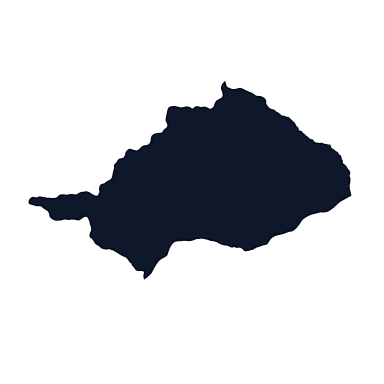 the district of Iturama, Minas Gerais, Brazil, rotated 330°
{"feature_id": "56859067B65690084199243", "entity_name": "Iturama", "entity_type": "district", "adm_level": 2, "iso_a3": "BRA", "parent_name": "Brazil", "parent_adm1": "Minas Gerais", "projection": "mercator", "projection_center": [-50.386, -19.714], "detail": "fine", "context": "isolated", "style": "filled", "palette": "ink", "viewbox_px": 384, "rotation_deg": 330, "n_neighbors": 0, "source": "geoboundaries", "source_scale": "gbopen_adm2", "svg_char_len": 4993}
<svg xmlns="http://www.w3.org/2000/svg" viewBox="0 0 384 384"><g transform="rotate(330 192 192)"><path d="M275.3,113.3L273.6,113.8L272.3,114.4L270.7,115.4L269.5,117.1L269.1,118.6L268.9,120.5L268.4,122.1L267.9,123.4L267.1,124.7L265.9,125.5L264.0,125.8L261.8,125.8L260.3,125.7L258.7,125.8L257.2,126.6L255.9,127.7L254.2,129.2L252.5,129.9L250.0,130.1L248.1,129.0L247.1,127.1L245.7,125.3L243.9,124.3L242.2,123.8L241.0,123.0L240.1,121.7L238.9,120.8L237.1,120.3L234.6,121.0L233.1,120.2L232.6,118.7L231.4,117.2L229.6,115.7L227.8,115.1L226.2,114.6L224.7,114.0L222.8,112.6L221.1,110.8L219.9,109.6L218.4,108.8L216.5,108.1L214.9,107.7L213.6,108.1L212.3,109.2L210.9,110.7L209.4,112.5L207.8,114.2L206.6,115.7L205.6,116.9L205.4,118.4L205.3,120.6L204.7,122.3L203.5,123.6L201.7,124.3L199.7,124.5L198.3,124.9L197.1,125.7L195.5,126.2L194.0,125.6L192.6,124.9L190.6,124.0L188.1,123.4L185.5,123.8L183.9,125.2L182.6,127.1L181.1,128.6L179.6,129.4L177.9,129.8L176.1,129.4L174.4,128.7L172.8,128.2L171.3,128.2L169.9,128.6L168.1,129.1L165.9,129.4L164.3,128.9L163.1,127.9L161.6,126.5L160.4,125.0L159.2,123.9L156.8,124.1L154.8,124.9L153.4,126.6L151.8,127.9L150.2,128.6L148.5,128.5L146.9,128.0L145.4,127.5L143.7,128.0L142.3,128.9L140.4,129.5L138.3,130.2L137.3,132.5L135.8,134.0L134.7,135.1L133.4,136.5L132.3,137.8L130.9,139.4L129.1,140.7L127.2,141.1L125.7,141.0L124.0,140.9L122.3,141.0L120.8,141.4L118.9,141.0L116.8,140.6L115.1,141.5L113.6,143.2L113.0,145.2L111.7,146.8L109.5,148.3L107.1,148.4L105.5,146.8L104.2,144.7L103.3,143.2L102.7,141.7L101.7,140.4L100.5,139.1L98.4,138.4L96.7,137.6L95.0,137.1L93.4,137.0L91.0,137.2L88.8,136.1L87.5,135.0L86.0,133.9L83.9,133.1L81.9,132.5L80.6,131.4L79.0,130.3L77.0,129.2L75.0,129.0L73.0,129.7L71.1,129.6L68.6,128.6L66.7,127.4L65.3,126.3L63.4,125.3L61.8,123.8L60.5,122.6L58.9,121.6L57.6,120.2L55.3,119.8L53.9,119.6L53.0,118.5L51.5,117.3L49.8,117.0L48.0,117.6L46.4,118.8L45.6,120.4L46.6,121.7L47.7,123.0L49.0,124.1L49.9,125.3L51.3,126.3L52.9,127.2L54.4,128.2L55.2,129.7L55.9,131.9L57.2,134.3L58.2,136.3L58.3,138.0L58.1,139.7L57.2,141.6L57.3,143.8L58.2,145.6L59.2,147.2L60.7,148.5L62.1,149.2L63.5,149.9L64.8,150.4L66.5,150.9L68.0,151.3L69.4,152.2L70.7,153.3L72.4,154.4L74.5,155.0L76.1,156.1L77.8,157.4L79.4,159.0L81.0,159.5L82.4,159.3L84.0,159.2L85.8,159.0L87.5,159.4L88.8,160.2L89.6,161.7L89.5,163.2L89.3,164.9L89.0,166.9L88.2,168.8L87.9,171.0L87.2,173.5L85.9,175.4L84.7,176.2L83.4,177.2L82.0,178.8L81.6,180.3L82.4,181.6L82.9,183.3L82.9,185.3L83.0,188.1L83.7,189.9L84.8,191.6L85.5,193.5L86.0,195.1L87.2,196.6L88.9,198.0L90.3,198.8L92.4,199.6L93.6,201.2L95.4,203.2L96.3,205.1L97.5,207.0L98.6,209.3L99.7,211.2L100.6,212.7L101.9,214.3L102.8,215.5L103.1,217.1L103.5,219.5L103.5,221.3L104.4,223.1L104.1,225.7L104.6,228.0L104.8,230.4L105.4,232.2L106.9,233.3L109.1,234.4L110.7,235.7L111.1,237.7L109.6,239.5L108.3,241.1L107.7,243.1L110.0,242.9L114.5,241.9L116.2,241.4L119.4,239.2L122.8,237.3L124.9,236.1L129.5,234.3L132.5,234.0L136.5,234.1L138.6,233.8L141.8,231.0L143.0,230.0L144.4,228.8L148.3,226.6L152.0,225.8L154.4,226.5L157.1,227.7L158.5,228.6L159.9,229.0L162.3,230.4L165.0,232.3L167.2,233.3L169.2,233.8L172.4,234.2L177.7,236.7L180.6,239.2L182.1,240.6L184.2,243.1L186.1,244.5L188.5,246.8L191.2,251.1L193.6,253.7L196.1,255.5L199.0,259.4L201.7,260.2L203.1,262.1L205.6,263.2L206.7,264.1L207.6,265.5L208.7,269.3L212.2,270.7L214.5,271.1L216.3,271.8L217.9,271.6L220.2,271.7L224.2,272.6L226.8,272.9L229.1,273.8L231.1,274.1L236.1,271.6L238.4,271.0L241.1,270.9L244.1,271.4L250.7,273.4L256.6,274.3L258.3,275.2L260.6,275.5L264.2,274.8L268.2,273.3L272.3,271.2L274.9,270.3L278.9,270.2L281.6,270.2L284.3,270.6L293.8,273.3L295.6,274.7L299.0,276.0L301.0,276.3L306.4,275.8L310.0,275.0L314.0,274.1L315.9,273.9L325.7,274.0L327.6,274.2L329.0,270.0L329.6,267.7L330.5,266.2L331.0,264.7L332.4,263.4L333.9,261.5L335.3,259.2L335.7,257.1L336.3,255.6L337.7,254.8L338.4,253.0L338.0,250.8L337.8,248.6L337.8,246.5L337.1,244.3L336.1,242.1L337.5,240.4L337.5,238.2L338.1,236.5L338.4,235.0L337.4,233.3L337.6,231.4L337.1,230.0L336.2,228.5L335.7,226.8L334.8,225.1L334.1,223.6L334.3,222.0L334.7,220.4L333.4,219.9L332.4,218.7L331.1,217.6L329.7,216.4L328.9,215.1L327.6,214.4L326.0,213.7L325.0,212.6L323.8,211.8L322.6,210.6L322.3,209.0L322.2,207.2L320.5,206.0L319.8,204.4L319.3,202.5L318.2,200.1L317.7,197.9L316.8,196.5L316.9,194.8L316.0,193.6L314.4,192.4L315.1,190.8L315.5,189.4L314.7,187.3L314.9,185.0L314.7,182.9L314.1,181.3L313.7,179.8L313.1,177.7L312.5,175.7L311.3,174.9L310.1,173.4L308.8,172.0L307.4,171.5L307.1,169.9L306.4,168.5L305.7,166.6L304.8,165.3L304.2,163.7L303.6,162.0L302.4,160.9L301.1,159.6L300.1,157.5L299.9,155.3L299.6,153.6L300.0,151.7L301.3,149.6L301.2,147.6L300.6,146.1L299.6,144.7L298.7,143.6L297.2,142.7L295.9,141.8L294.9,140.6L294.2,139.2L293.4,137.4L292.4,135.7L291.2,134.5L290.2,133.0L289.0,131.5L287.6,129.3L286.1,127.0L284.7,126.2L282.7,125.7L280.9,125.1L279.0,124.3L277.2,122.9L276.2,121.3L274.6,119.5L274.3,117.2L274.7,115.7L275.3,113.3Z" fill="#0f172a" stroke="#020617" stroke-width="1.5"/></g></svg>